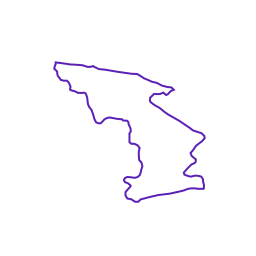 Luleå, Norrbotten, Sweden (Mercator projection), rotated 305°
{"feature_id": "70781695B74672839302489", "entity_name": "Luleå", "entity_type": "district", "adm_level": 2, "iso_a3": "SWE", "parent_name": "Sweden", "parent_adm1": "Norrbotten", "projection": "mercator", "projection_center": [22.018, 65.85], "detail": "fine", "context": "isolated", "style": "outline", "palette": "violet", "viewbox_px": 256, "rotation_deg": 305, "n_neighbors": 0, "source": "geoboundaries", "source_scale": "gbopen_adm2", "svg_char_len": 2090}
<svg xmlns="http://www.w3.org/2000/svg" viewBox="0 0 256 256"><g transform="rotate(305 128 128)"><path d="M158.6,63.8L157.0,62.6L155.0,60.1L153.2,54.5L150.1,49.3L146.8,44.0L144.3,38.9L140.3,31.2L139.0,32.0L136.2,32.7L134.3,33.6L134.0,35.7L133.5,37.7L131.8,39.0L130.4,40.7L128.9,45.5L130.0,48.4L131.7,50.8L131.3,53.2L130.0,55.5L128.9,57.2L126.2,58.5L126.4,60.3L127.7,63.7L128.0,66.6L130.0,69.8L131.7,71.6L132.0,73.5L130.7,75.5L129.3,77.3L124.6,81.5L123.0,84.0L121.9,87.7L118.6,92.3L116.0,95.4L114.4,98.5L114.8,100.9L116.2,102.9L118.8,103.4L121.4,103.7L123.8,104.8L126.1,106.9L127.8,110.7L129.2,113.7L130.5,116.1L131.7,118.0L131.3,119.5L132.3,121.3L133.4,122.9L133.2,124.6L131.0,127.0L130.0,128.9L128.8,130.6L126.6,132.3L124.4,132.3L119.1,136.0L117.2,137.4L117.0,139.8L118.8,142.5L119.3,145.7L118.3,149.0L115.1,150.3L112.7,151.8L108.2,155.5L107.5,158.7L105.0,161.7L102.3,162.5L98.8,163.9L96.1,164.7L93.2,163.9L91.2,162.3L90.1,160.2L88.7,157.5L87.3,155.3L85.0,154.2L83.0,154.5L81.9,156.6L82.7,159.4L82.4,163.1L81.4,163.6L78.8,163.2L77.2,163.0L74.0,162.7L71.1,164.9L69.9,168.0L71.5,171.5L71.7,176.3L73.5,178.7L76.7,179.3L79.8,181.9L83.5,185.0L90.5,191.3L98.1,199.8L105.5,206.6L109.2,209.8L112.3,211.8L114.6,214.2L117.0,217.5L118.1,219.8L121.5,224.8L121.9,224.8L124.6,223.2L127.5,219.9L128.9,219.0L130.2,215.8L129.1,213.0L127.5,210.3L124.2,207.4L123.0,204.4L122.2,200.9L123.5,199.3L128.9,199.9L134.5,200.9L135.8,201.7L137.8,202.8L138.9,202.9L141.1,201.7L141.4,199.1L141.6,196.3L143.4,193.6L147.4,194.0L152.3,193.9L156.3,195.1L159.5,196.2L163.5,196.7L165.3,195.0L165.9,191.2L164.3,186.0L163.3,182.7L163.5,178.3L163.3,166.2L162.7,159.5L162.1,153.1L162.1,148.6L162.6,142.4L162.3,139.8L162.0,136.5L162.1,132.2L162.7,130.5L165.5,128.8L170.8,129.8L171.8,131.1L172.6,132.7L174.3,134.8L177.3,136.7L177.0,138.8L176.9,140.3L178.4,141.2L182.4,141.8L184.5,142.9L185.6,143.6L186.1,140.2L184.2,136.8L182.2,131.5L181.5,125.7L179.6,121.1L178.8,116.6L177.9,112.7L177.8,108.7L177.5,104.6L174.3,99.5L168.2,87.5L162.4,75.3L159.6,70.5L158.5,63.9L158.6,63.8Z" fill="none" stroke="#5b21b6" stroke-width="2"/></g></svg>